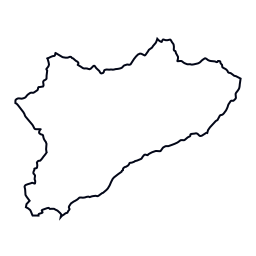 Nong Son, Quàng Nam, Vietnam
{"feature_id": "81297802B33972751107769", "entity_name": "Nong Son", "entity_type": "district", "adm_level": 2, "iso_a3": "VNM", "parent_name": "Vietnam", "parent_adm1": "Quàng Nam", "projection": "robinson", "projection_center": [107.988, 15.651], "detail": "fine", "context": "isolated", "style": "outline", "palette": "ink", "viewbox_px": 256, "rotation_deg": 0, "n_neighbors": 0, "source": "geoboundaries", "source_scale": "gbopen_adm2", "svg_char_len": 5647}
<svg xmlns="http://www.w3.org/2000/svg" viewBox="0 0 256 256"><path d="M47.3,58.4L47.7,59.1L48.6,62.3L49.0,64.6L48.4,66.4L46.4,69.0L46.4,69.3L46.6,69.6L46.9,70.1L47.2,70.6L46.6,75.5L46.5,78.7L46.0,79.3L45.0,80.0L43.8,80.6L43.2,81.7L43.2,82.8L43.5,84.3L43.5,85.6L43.0,86.5L40.0,87.0L38.6,87.1L38.2,87.6L37.9,89.1L37.5,90.1L34.1,92.4L33.1,92.8L31.8,92.7L31.0,92.7L29.9,93.1L27.7,94.7L26.7,95.8L25.7,97.1L24.7,97.8L23.3,98.3L21.7,98.7L19.3,98.4L18.1,98.4L16.5,99.1L15.6,100.0L15.4,101.0L15.4,103.1L16.6,103.7L18.0,105.2L23.4,112.2L24.4,114.0L25.0,115.7L25.6,116.7L32.5,124.9L33.2,126.1L34.3,128.3L34.6,128.7L35.0,129.0L35.9,129.2L40.3,129.2L40.5,129.3L39.7,130.4L39.2,131.6L39.1,132.8L39.6,133.5L40.6,134.2L42.4,134.8L43.0,135.3L43.5,137.7L43.9,138.9L44.7,140.4L45.8,141.9L46.5,143.9L46.1,149.2L46.4,151.5L46.7,152.3L45.3,154.4L43.5,156.6L41.9,158.8L40.3,160.6L38.4,160.9L37.8,161.3L37.2,162.0L36.9,162.6L37.0,163.2L37.2,164.3L37.3,165.5L37.0,167.6L36.5,168.1L34.8,168.5L34.4,168.7L34.3,170.0L33.9,170.8L33.4,172.2L33.4,173.2L33.6,173.7L34.1,174.1L34.6,174.8L35.0,175.5L35.0,176.1L34.7,178.1L34.6,179.2L35.2,180.9L35.2,182.0L35.0,183.3L34.8,183.5L34.3,183.5L32.7,182.9L32.1,182.8L31.7,182.9L30.8,183.3L27.8,184.2L25.9,184.9L25.3,185.3L24.8,186.0L24.6,186.5L24.6,187.0L24.7,187.4L25.1,189.1L25.2,190.4L25.5,194.9L26.5,196.6L29.6,200.8L26.5,204.1L25.9,207.2L28.2,208.4L30.1,210.0L30.7,211.0L32.2,214.7L32.6,215.5L35.1,215.5L38.5,215.6L38.5,214.6L38.8,214.0L39.4,213.7L41.7,213.0L42.3,212.7L42.5,212.5L42.5,212.2L41.8,210.7L41.8,210.4L42.0,210.1L42.5,209.8L45.0,208.9L47.3,208.1L48.7,207.9L49.8,208.9L50.2,208.9L51.6,208.8L53.9,208.8L54.4,209.0L55.5,209.7L56.9,210.3L57.7,210.8L60.2,213.1L61.2,214.4L61.3,214.8L61.3,215.3L60.9,216.1L60.7,217.2L61.7,216.0L62.7,215.3L63.7,214.7L65.1,213.6L65.7,213.2L66.6,213.0L67.4,212.7L68.3,210.9L69.0,210.1L69.5,209.3L69.5,208.9L69.0,207.9L68.9,207.6L68.9,207.0L69.2,206.1L71.0,203.4L72.2,202.6L73.6,201.6L75.0,200.9L76.7,199.9L77.7,199.2L79.2,197.8L79.9,197.5L81.1,197.5L82.7,197.7L83.8,197.6L85.1,197.4L86.5,196.9L87.8,196.7L88.7,196.7L89.7,197.1L91.7,196.4L93.2,196.1L95.6,195.8L97.0,196.1L97.8,196.1L98.6,195.7L102.0,193.2L103.1,192.8L103.9,192.1L106.4,190.0L107.8,188.5L108.7,187.0L109.7,185.3L111.1,182.0L112.7,178.9L114.0,177.4L118.1,174.2L121.5,171.8L121.9,170.8L122.9,170.2L123.0,168.9L123.6,167.9L124.3,167.4L125.2,166.9L125.9,166.8L127.8,165.7L128.8,164.6L129.2,163.9L129.4,163.3L129.7,163.0L130.2,162.8L131.4,162.7L132.5,162.4L134.4,161.6L135.0,161.1L137.0,160.6L141.1,158.9L141.6,158.5L142.7,156.7L143.6,155.6L144.4,154.8L144.9,154.7L145.6,154.7L147.1,155.1L147.7,155.1L148.2,154.5L148.5,154.2L150.4,153.1L152.2,152.2L155.1,151.2L155.8,151.0L156.6,151.0L159.4,151.2L160.4,151.1L160.6,151.0L162.8,147.9L163.3,147.4L165.3,146.3L166.1,146.1L168.5,146.1L172.1,144.8L174.7,143.8L177.3,142.6L178.4,141.9L180.2,140.5L180.7,140.2L181.7,140.1L183.6,140.2L184.4,140.1L185.1,139.6L187.7,137.4L189.9,136.3L190.1,136.0L190.3,135.7L190.4,134.6L190.7,134.2L191.7,133.9L194.5,133.6L196.0,133.3L196.5,133.4L197.1,133.6L198.0,134.2L199.0,135.3L199.8,135.9L200.4,136.0L201.0,135.9L201.8,135.7L206.2,132.9L207.1,132.7L207.3,132.8L208.0,130.2L209.9,127.4L212.1,125.0L215.7,121.1L217.5,120.0L219.7,115.9L220.2,115.3L220.6,115.1L221.7,114.9L222.5,114.6L223.1,114.1L223.8,113.4L224.9,111.9L225.9,110.6L226.6,109.3L227.5,107.3L228.0,105.7L228.4,104.5L230.6,101.2L231.0,100.9L231.4,100.7L233.1,100.8L233.6,100.6L234.9,99.4L235.5,98.7L235.8,98.2L235.9,97.7L235.6,94.3L235.7,93.6L236.1,92.8L237.8,90.6L238.9,88.9L239.3,87.8L239.6,86.2L239.8,84.1L240.6,78.6L236.0,76.2L234.3,75.8L233.8,75.5L233.0,74.8L230.8,73.2L229.9,72.9L229.0,72.8L228.4,72.5L228.0,72.1L227.8,71.7L227.6,71.1L227.0,70.3L226.2,69.5L225.5,69.0L223.4,67.9L222.5,67.3L222.3,66.9L222.0,64.8L221.6,64.4L220.7,63.4L220.5,63.0L220.3,62.0L220.2,61.5L219.8,61.2L219.0,61.0L218.4,61.0L218.0,61.0L217.8,61.2L217.6,61.8L217.3,62.0L216.5,62.1L216.0,61.9L215.4,61.6L214.7,61.4L210.7,61.0L209.4,60.7L207.9,60.0L206.4,58.8L205.5,58.4L205.1,58.3L204.8,58.4L203.5,59.2L201.9,60.4L200.3,62.0L199.5,62.6L198.2,63.3L197.1,63.6L193.6,64.4L192.0,64.6L191.0,64.5L190.2,64.2L187.7,64.3L186.8,64.1L184.6,63.2L183.6,62.6L181.8,61.2L181.2,61.0L180.3,61.0L177.7,61.2L177.4,61.0L177.4,60.8L177.9,59.1L178.0,57.9L178.0,56.9L177.9,56.6L175.9,53.0L175.7,51.9L175.4,51.2L175.1,51.0L174.4,50.7L174.1,50.4L173.8,49.8L173.8,49.0L173.9,47.7L173.9,46.6L173.6,44.6L173.4,44.1L172.0,42.2L170.8,40.1L170.4,39.7L170.0,39.6L167.4,40.2L166.0,40.2L165.3,40.1L163.5,39.5L163.1,39.5L162.4,40.3L161.6,41.9L161.4,41.9L160.7,41.6L159.6,41.0L158.3,39.9L157.3,38.8L156.9,40.1L156.5,41.2L156.1,42.1L155.7,42.9L153.1,45.9L152.4,47.0L152.0,47.6L148.9,49.8L147.9,51.5L145.7,54.6L145.3,55.1L145.0,55.3L144.6,55.4L141.4,53.8L140.0,53.6L138.0,54.5L136.0,56.5L134.0,59.0L130.6,64.3L130.2,64.5L129.6,64.7L129.0,64.8L128.1,64.6L127.2,64.5L124.3,65.4L123.6,65.9L122.7,66.9L121.9,67.7L120.8,68.2L119.4,68.6L117.8,68.9L115.7,69.1L114.1,69.5L112.8,69.7L111.8,69.5L110.5,69.5L109.3,69.7L106.7,69.5L105.2,69.8L104.4,70.2L104.0,71.0L103.7,72.2L103.1,72.9L101.9,73.3L101.3,73.4L100.8,73.2L100.2,72.6L99.3,71.0L96.2,68.1L95.3,66.8L94.7,66.0L94.3,65.8L93.5,65.9L90.7,68.7L89.5,69.2L88.2,68.9L87.1,68.5L85.7,68.4L84.2,68.5L82.9,68.1L80.7,66.6L77.8,64.9L77.8,64.6L78.3,63.7L78.4,63.1L78.2,62.5L77.3,61.6L76.0,60.9L74.3,59.5L73.4,58.6L72.8,58.3L72.1,58.1L71.7,57.7L71.4,57.3L71.1,57.0L70.8,56.9L70.2,56.8L69.6,56.9L68.4,57.4L67.3,57.7L65.8,57.7L63.3,57.3L62.5,57.1L55.6,53.0L55.4,53.1L55.1,54.9L54.8,55.4L54.5,55.8L53.9,56.0L52.9,56.1L51.7,56.5L50.3,57.1L49.0,57.8L47.7,58.2L47.3,58.4Z" fill="none" stroke="#020617" stroke-width="2"/></svg>